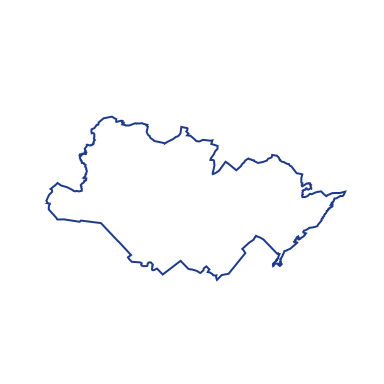 Rubenes pag., Jekabpils, Latvia, rotated 150°
{"feature_id": "27541924B32922807778948", "entity_name": "Rubenes pag.", "entity_type": "district", "adm_level": 2, "iso_a3": "LVA", "parent_name": "Latvia", "parent_adm1": "Jekabpils", "projection": "natural_earth1", "projection_center": [26.013, 56.162], "detail": "fine", "context": "isolated", "style": "outline", "palette": "blue", "viewbox_px": 384, "rotation_deg": 150, "n_neighbors": 0, "source": "geoboundaries", "source_scale": "gbopen_adm2", "svg_char_len": 5974}
<svg xmlns="http://www.w3.org/2000/svg" viewBox="0 0 384 384"><g transform="rotate(150 192 192)"><path d="M78.4,109.4L78.2,110.1L77.3,109.7L77.2,109.9L77.5,110.8L76.4,111.1L76.3,111.4L76.7,111.8L77.4,111.9L76.6,112.3L76.5,112.8L75.8,113.0L75.0,112.8L74.1,113.2L73.5,113.5L73.5,113.8L73.3,114.0L71.7,115.1L70.8,114.5L69.8,114.3L65.6,114.4L63.9,113.3L63.2,113.2L61.8,113.8L59.2,115.7L64.2,117.1L70.8,120.8L76.3,121.5L77.7,121.2L78.7,123.6L79.9,128.0L83.2,129.3L85.6,129.9L89.4,130.2L90.9,131.5L94.0,130.7L96.1,131.0L98.9,132.3L98.4,134.1L98.1,134.3L97.2,134.3L97.1,135.3L96.7,136.3L95.7,136.9L95.5,137.9L94.5,137.9L93.2,137.3L91.6,138.1L90.9,137.9L90.8,136.6L89.8,135.8L87.4,135.9L87.0,135.3L86.7,135.7L86.7,136.8L86.4,137.2L86.4,138.2L85.4,138.6L86.0,139.8L85.4,140.4L86.6,141.4L87.5,141.3L88.3,142.0L93.6,141.7L93.8,142.4L93.6,143.1L93.0,143.3L92.0,144.4L92.6,145.5L90.4,149.3L87.7,152.2L89.6,154.0L92.0,155.9L93.0,163.7L93.1,164.5L94.2,166.2L94.1,167.7L95.5,168.8L97.1,171.2L97.3,171.8L98.8,173.1L99.6,174.5L99.9,175.2L99.6,175.7L100.0,175.9L99.6,178.2L100.3,180.9L104.0,184.0L105.7,182.2L109.7,182.7L111.4,181.8L115.5,182.5L120.4,184.2L122.9,188.1L122.6,188.4L124.3,189.9L124.6,190.8L125.9,191.6L126.2,192.7L128.7,192.8L130.7,192.4L131.2,192.2L131.9,191.5L133.7,191.4L135.3,190.8L136.5,189.9L142.8,188.7L145.8,197.0L147.8,201.4L157.3,197.2L159.2,196.8L161.8,196.7L163.7,196.8L164.9,197.0L164.9,197.7L159.4,203.6L157.7,207.1L157.3,208.4L157.9,209.4L159.0,209.8L160.0,210.6L158.1,212.1L154.3,213.7L151.6,215.7L148.4,216.6L146.8,219.1L151.3,224.0L148.5,226.5L150.4,227.2L156.4,231.7L160.4,232.1L162.8,233.9L163.3,236.2L165.2,241.4L167.9,243.5L165.9,244.2L166.7,247.3L165.3,247.8L164.1,249.3L164.2,249.7L168.7,253.7L172.6,248.6L175.5,247.4L176.9,247.3L178.1,247.8L181.9,247.3L188.0,247.7L190.8,247.6L190.7,247.7L191.9,248.5L199.2,255.1L199.5,256.4L200.9,259.4L200.9,261.3L200.7,261.7L201.3,262.8L201.5,263.7L201.3,265.8L201.1,267.0L199.7,268.3L197.5,270.8L198.2,272.2L197.2,272.6L200.1,275.4L200.7,276.5L203.9,277.9L205.1,278.9L205.9,278.9L206.7,279.9L213.1,281.0L216.1,282.7L216.2,283.2L218.5,285.3L216.8,285.8L216.4,286.2L217.8,287.2L216.6,288.3L217.6,289.1L222.4,290.5L222.2,291.4L221.2,293.0L221.4,293.1L223.7,297.3L231.7,300.0L238.1,298.9L239.4,297.2L239.8,297.2L241.0,297.8L244.5,296.1L247.6,296.5L248.7,295.0L249.5,293.0L248.4,292.6L247.7,291.9L247.8,290.5L248.1,290.3L248.8,289.2L248.9,288.5L250.3,287.5L250.4,287.2L250.1,285.6L251.3,285.3L252.0,284.5L252.5,284.4L252.6,284.0L252.9,283.8L252.7,283.6L253.0,283.3L252.9,283.2L253.0,283.0L254.0,282.7L254.6,283.0L255.3,282.7L255.7,283.1L255.9,282.9L257.2,283.3L258.9,285.2L259.5,285.5L260.2,284.3L263.2,283.2L263.7,281.5L263.3,281.0L263.4,280.8L263.9,280.6L263.9,280.2L264.6,280.3L264.7,279.9L265.0,279.6L264.6,279.4L264.6,279.2L264.1,278.9L264.6,278.6L264.8,278.0L265.3,278.1L265.3,278.5L265.5,278.6L265.2,278.9L265.6,279.2L265.6,279.4L266.3,279.5L266.4,279.3L266.9,279.3L266.8,279.5L267.0,279.7L267.7,280.0L267.9,279.7L268.8,279.7L269.0,279.5L269.0,280.0L270.0,280.6L270.3,280.2L270.7,280.2L270.8,279.7L271.2,279.6L271.0,279.0L271.3,278.6L271.3,278.4L272.1,277.6L272.0,277.3L272.3,276.1L272.1,275.4L272.6,274.8L272.0,273.8L272.9,272.4L272.9,272.2L272.2,272.0L271.2,271.0L271.5,270.4L271.5,270.0L271.0,269.6L270.6,268.7L271.1,268.2L271.2,267.7L271.9,267.3L271.7,265.4L272.4,264.4L272.3,263.8L272.7,262.5L273.9,261.6L274.4,260.7L274.9,260.4L275.5,260.5L276.3,259.1L278.5,258.6L278.2,258.4L278.5,257.9L277.7,257.6L277.7,257.2L277.1,257.0L276.7,256.6L277.1,256.2L277.8,255.1L278.9,255.1L279.7,255.5L280.3,255.0L280.6,254.5L282.1,254.2L282.9,254.3L284.9,253.6L284.8,252.9L285.2,252.4L285.0,251.9L285.7,251.2L285.9,250.6L285.8,250.0L286.8,248.2L289.6,249.0L291.5,250.7L292.7,250.9L293.9,252.0L294.6,253.7L297.8,258.6L302.2,263.2L303.9,267.0L307.2,266.2L312.9,265.4L312.4,264.6L312.3,263.8L312.7,262.6L313.3,262.0L317.2,261.0L322.5,257.2L322.6,254.6L322.8,254.6L320.9,253.0L321.2,252.6L322.9,251.5L324.8,248.5L322.7,238.9L322.3,236.4L322.5,236.0L322.1,235.4L315.9,231.9L315.2,231.2L304.2,222.4L302.5,222.8L286.4,210.6L280.7,186.4L280.4,186.0L276.3,167.9L280.1,167.5L280.0,166.2L280.1,165.9L279.0,161.6L272.0,156.9L271.3,155.8L271.3,155.3L272.3,154.6L272.5,153.9L272.3,153.4L271.1,152.0L268.0,150.4L267.2,150.8L266.3,152.0L265.7,152.4L264.4,152.5L262.9,151.7L262.2,148.7L262.4,148.4L263.7,147.6L263.7,146.8L265.0,145.7L265.4,145.0L265.2,144.7L265.3,144.1L264.1,143.4L260.6,143.2L258.6,135.2L236.3,138.1L233.6,127.2L232.1,125.8L230.9,125.1L227.3,121.3L225.5,117.9L225.1,117.7L221.3,118.4L220.0,120.0L216.7,120.4L215.7,116.2L216.3,116.1L218.4,114.8L216.6,113.2L216.0,111.7L215.4,110.9L215.2,109.2L213.4,107.9L212.6,107.6L213.3,106.9L213.9,105.6L214.3,103.4L207.8,105.2L201.2,102.9L176.4,112.4L176.5,115.8L176.9,117.6L167.9,119.5L162.5,119.9L160.2,121.3L159.4,121.4L159.5,121.6L158.5,122.1L157.4,120.4L155.7,118.4L153.9,115.3L149.1,96.0L148.2,95.9L148.5,95.2L147.3,94.5L150.0,92.4L150.3,91.6L151.8,91.0L152.0,91.4L153.1,90.9L152.8,90.3L153.6,90.0L153.8,90.2L157.6,89.4L158.6,88.1L158.8,87.2L158.2,87.3L155.9,88.4L152.2,86.3L153.6,85.6L152.9,84.0L150.4,84.6L150.3,84.8L151.6,86.2L150.2,86.5L149.9,87.0L150.5,87.7L148.6,89.3L148.9,89.6L145.3,91.6L144.8,92.2L143.4,93.0L141.6,94.6L139.3,94.0L139.0,94.2L135.3,93.7L126.2,95.5L126.3,95.9L127.6,97.0L128.5,97.4L128.5,97.9L126.6,98.3L126.7,98.9L124.9,99.4L124.1,100.3L122.5,100.4L122.9,99.7L122.4,99.3L123.6,98.2L123.6,97.8L123.1,97.4L122.5,97.7L121.5,97.3L121.2,97.7L118.3,97.7L116.0,98.2L115.9,98.6L114.0,99.2L115.8,101.3L115.6,101.9L114.4,102.5L112.4,102.1L108.8,102.1L108.5,102.4L105.2,101.0L102.7,100.2L100.5,99.8L100.0,100.1L99.4,100.6L93.9,102.6L93.5,103.6L93.0,103.9L91.8,103.9L91.4,104.8L90.3,104.8L89.5,105.2L89.3,105.7L88.7,106.1L88.1,106.1L87.9,106.5L86.5,106.7L85.1,107.8L84.6,107.8L84.5,108.2L83.5,108.2L83.0,108.8L82.7,108.6L81.9,108.9L81.3,108.8L81.2,109.0L81.4,109.3L80.8,109.5L79.6,109.2L78.9,109.7L78.4,109.4Z" fill="none" stroke="#1e3a8a" stroke-width="2"/></g></svg>